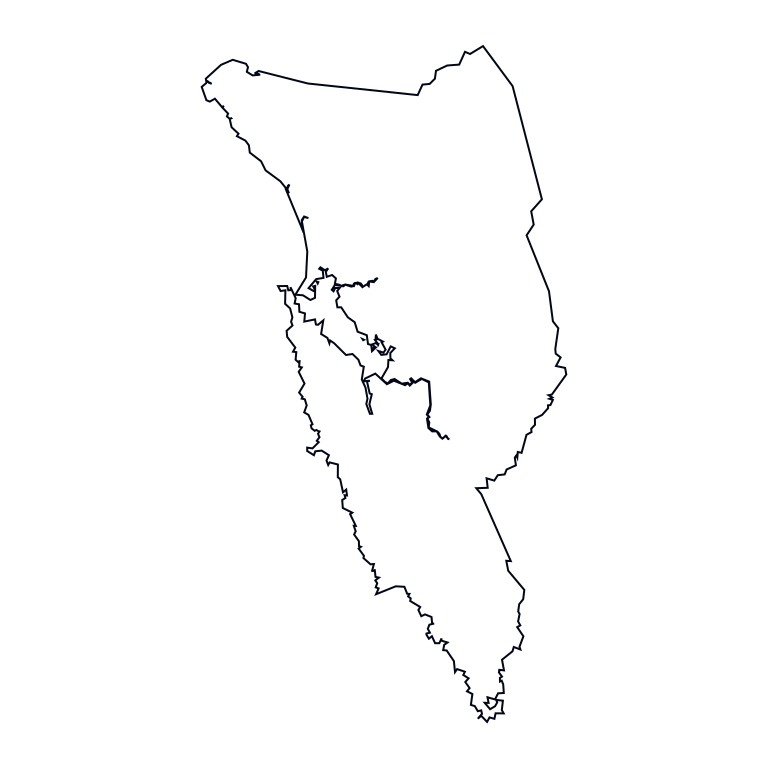 West Coast, Tasmania, Australia
{"feature_id": "25037944B97850876136128", "entity_name": "West Coast", "entity_type": "district", "adm_level": 2, "iso_a3": "AUS", "parent_name": "Australia", "parent_adm1": "Tasmania", "projection": "equal_earth", "projection_center": [145.455, -42.452], "detail": "fine", "context": "isolated", "style": "outline", "palette": "ink", "viewbox_px": 768, "rotation_deg": 0, "n_neighbors": 0, "source": "geoboundaries", "source_scale": "gbopen_adm2", "svg_char_len": 6041}
<svg xmlns="http://www.w3.org/2000/svg" viewBox="0 0 768 768"><path d="M541.9,199.3L512.6,86.1L483.0,46.1L470.0,54.0L465.0,51.8L459.2,64.6L447.2,65.5L436.0,70.8L434.9,78.7L429.7,83.9L422.5,84.6L417.7,95.1L307.9,83.5L258.6,71.0L255.3,73.0L255.6,73.9L257.5,73.5L259.3,74.4L259.3,74.8L252.6,75.4L246.8,71.8L248.0,67.2L246.0,63.8L232.7,59.8L221.1,64.8L205.8,78.7L206.3,81.5L206.4,80.9L207.0,80.9L208.3,81.7L209.0,82.5L209.1,82.8L209.4,82.8L209.8,82.7L210.0,82.8L210.9,83.3L210.8,83.5L209.1,82.8L206.6,80.9L206.2,83.1L201.7,86.9L206.4,100.2L209.8,101.6L214.9,98.7L221.9,107.0L223.9,106.0L222.4,107.6L228.1,113.6L226.9,116.4L229.7,118.8L231.2,118.2L231.3,118.3L229.7,119.0L231.6,127.3L238.5,133.7L236.9,136.2L245.4,140.6L248.9,145.3L249.8,152.6L261.1,161.3L265.6,170.4L280.4,181.3L286.7,189.1L288.1,185.6L289.4,184.6L287.3,189.2L289.0,193.2L285.4,188.2L303.7,232.7L302.1,225.7L301.8,220.1L304.1,216.5L308.4,218.1L304.1,216.9L301.9,221.4L307.3,251.5L306.0,277.5L295.4,294.7L303.0,295.3L310.4,300.0L315.0,297.8L315.2,285.9L313.2,286.4L314.9,289.8L313.7,291.1L308.6,288.1L316.2,279.1L323.5,277.9L322.8,270.7L319.2,268.8L320.4,267.3L325.0,270.3L328.2,268.4L325.8,271.9L326.8,276.8L332.1,275.0L335.9,278.4L334.9,283.8L339.4,284.8L341.2,285.8L345.2,284.5L353.7,286.0L353.6,284.3L354.0,283.6L355.1,283.0L356.4,282.8L357.5,283.9L358.0,282.6L360.8,283.5L361.9,284.9L362.5,287.0L367.0,284.2L367.3,284.2L367.8,284.6L368.6,285.9L368.0,282.9L368.2,282.3L369.2,281.3L372.6,280.8L373.8,281.9L375.4,279.0L377.7,278.0L373.8,282.1L369.2,281.5L368.7,286.1L366.9,284.3L362.5,287.1L358.0,282.8L357.5,284.0L354.9,283.2L354.0,286.0L351.2,286.6L345.3,284.7L343.3,286.3L334.9,284.9L331.8,289.8L333.5,291.3L335.2,288.0L339.6,288.0L337.2,291.0L339.5,296.7L336.2,300.3L337.4,307.3L341.2,307.3L347.8,317.3L354.7,322.2L357.6,331.7L366.8,335.2L368.0,344.0L371.2,345.0L372.0,351.2L375.5,347.8L373.2,348.1L374.6,346.5L371.9,344.5L377.0,342.6L374.9,339.9L376.6,339.4L375.6,338.2L375.9,334.6L377.5,338.7L382.9,341.6L381.6,342.3L385.6,349.6L383.5,352.6L378.4,351.0L381.3,354.9L386.6,354.3L390.7,346.4L394.8,348.3L390.3,353.0L390.4,358.4L392.5,360.3L388.4,360.0L388.0,367.1L381.5,378.4L384.9,381.9L387.8,383.4L390.9,380.0L394.6,379.0L401.8,383.7L407.8,382.7L409.8,384.7L412.3,382.6L410.1,379.1L411.2,378.3L415.0,382.2L421.0,378.3L429.2,381.6L430.8,404.6L429.9,410.8L427.3,414.6L429.4,417.0L427.4,418.6L429.3,422.4L428.7,427.4L437.4,431.6L439.2,433.6L439.9,435.0L440.3,436.8L442.6,438.5L445.7,435.6L446.6,436.2L447.9,438.5L449.3,439.2L448.2,439.0L445.9,435.9L442.4,438.7L439.9,436.6L436.6,431.3L432.2,431.4L428.4,428.0L427.0,418.6L428.9,417.1L426.8,414.5L430.3,405.4L428.8,382.4L421.7,378.9L415.2,382.8L410.8,378.9L412.8,382.6L409.8,385.6L407.8,383.3L405.1,385.2L393.9,380.7L386.9,384.2L375.3,373.6L365.2,378.5L363.6,381.3L369.9,380.7L367.0,381.5L369.7,393.5L371.8,394.2L369.4,404.2L372.2,413.8L369.9,413.8L366.3,404.0L367.5,398.7L365.5,387.6L361.8,379.5L363.8,366.7L360.5,365.4L358.4,359.7L352.5,354.0L346.0,355.0L334.1,343.2L330.1,340.5L329.4,343.4L327.4,337.9L321.1,334.0L323.3,320.4L318.0,324.8L315.9,324.5L315.0,319.4L304.3,321.6L305.0,313.4L299.4,311.8L299.0,304.3L294.6,303.5L295.7,298.2L290.5,287.2L290.9,290.1L288.3,290.3L287.2,286.0L278.0,286.1L280.6,291.0L285.4,290.3L285.1,303.8L290.1,308.4L292.4,317.4L291.1,321.7L292.5,325.5L286.6,330.8L287.2,336.9L295.3,347.6L293.0,351.7L296.3,352.1L295.6,359.7L299.0,362.9L298.9,361.7L299.3,361.1L299.6,361.1L299.1,366.7L301.8,367.4L298.7,371.8L304.5,383.6L299.1,392.6L302.6,396.8L301.7,398.6L304.8,399.3L306.7,405.4L304.2,412.4L308.5,414.9L312.5,424.3L310.8,425.3L311.6,428.4L314.7,430.8L316.4,430.0L318.6,431.3L319.2,431.3L319.5,431.4L318.0,433.8L319.5,437.2L316.8,440.8L318.7,442.2L312.5,448.4L307.2,447.6L307.2,451.0L313.9,455.2L315.3,451.3L321.7,450.6L328.9,455.2L326.5,460.5L328.2,465.0L329.6,462.4L337.9,464.5L337.8,477.2L340.2,479.3L343.0,492.3L346.2,489.6L347.0,495.5L344.6,495.2L345.4,498.0L342.2,500.0L342.8,508.0L352.3,512.7L350.1,514.1L355.8,525.9L353.8,525.8L355.7,531.3L354.1,534.5L358.9,541.2L359.0,546.1L360.9,546.8L358.6,548.5L364.0,555.9L363.4,558.0L370.5,564.3L373.9,564.0L372.1,570.8L373.0,571.0L373.3,570.5L374.0,570.7L374.6,570.1L374.8,570.1L375.5,576.9L378.9,577.6L375.3,580.4L377.2,583.2L375.7,587.4L378.6,588.4L376.1,594.2L395.8,586.3L404.4,586.8L407.2,593.8L409.4,593.9L408.1,596.4L410.7,598.4L410.2,601.0L420.2,607.0L418.4,610.0L421.3,616.2L425.0,614.4L431.5,617.0L432.2,623.9L434.2,623.5L429.4,624.7L427.8,628.8L429.9,632.7L426.5,633.5L426.4,634.6L428.9,638.7L431.9,636.2L435.1,643.2L439.3,643.2L441.6,638.4L441.3,640.6L447.5,642.5L444.2,644.8L443.2,650.1L446.7,650.5L453.9,661.1L455.0,672.1L457.1,669.1L464.9,671.7L463.3,675.0L468.6,678.3L465.3,682.0L469.6,688.1L467.0,691.3L472.4,694.0L470.9,704.9L474.8,706.1L477.8,711.2L481.2,710.4L482.0,713.8L477.8,718.7L481.2,715.8L487.1,721.9L489.5,717.4L494.4,718.8L495.6,713.3L503.7,713.4L501.8,710.1L502.9,700.7L496.2,699.9L497.2,702.4L495.1,706.2L490.1,709.2L484.7,702.8L488.6,702.9L487.5,697.3L495.0,699.4L498.1,693.3L503.8,693.0L503.2,684.3L501.7,680.7L500.0,681.5L499.9,677.9L502.0,676.6L498.9,672.4L499.3,670.7L500.6,670.1L498.8,669.9L498.5,669.7L504.0,670.4L502.0,659.7L512.5,651.3L513.8,647.0L520.4,649.5L519.5,646.7L523.4,636.3L517.2,627.1L520.3,625.4L518.1,621.4L519.6,614.0L518.2,611.5L519.2,604.2L523.2,599.2L524.3,589.9L508.2,570.7L506.3,560.8L510.8,561.1L481.3,494.2L476.3,488.2L487.7,487.8L486.6,478.3L494.3,480.6L497.8,475.2L504.7,474.4L506.6,469.5L515.9,465.3L514.8,457.6L516.3,455.5L517.3,457.7L517.8,452.0L521.6,452.8L526.5,434.8L531.5,432.1L531.2,428.8L535.0,424.8L534.9,418.6L542.1,414.9L548.1,408.2L548.0,405.3L550.4,405.1L552.9,399.9L549.4,398.8L552.4,397.5L548.6,395.2L551.9,394.5L566.3,374.5L565.1,367.9L556.0,366.0L560.6,357.4L555.7,353.6L555.3,348.9L558.3,328.2L552.9,321.3L549.0,291.3L526.6,235.3L533.7,224.6L531.2,211.3L541.9,199.3ZM316.6,281.5L317.7,283.5L318.3,282.1L316.6,281.5ZM378.1,345.0L378.4,343.9L376.9,343.9L378.1,345.0ZM362.5,339.1L363.2,340.2L364.0,339.8L362.5,339.1Z" fill="none" stroke="#020617" stroke-width="2"/></svg>